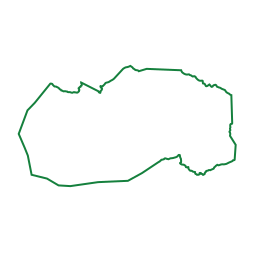 Guata, Olancho, Honduras (Natural Earth projection), rotated 94°
{"feature_id": "27666195B45988200529008", "entity_name": "Guata", "entity_type": "district", "adm_level": 2, "iso_a3": "HND", "parent_name": "Honduras", "parent_adm1": "Olancho", "projection": "natural_earth1", "projection_center": [-86.397, 15.161], "detail": "fine", "context": "isolated", "style": "outline", "palette": "green", "viewbox_px": 256, "rotation_deg": 94, "n_neighbors": 0, "source": "geoboundaries", "source_scale": "gbopen_adm2", "svg_char_len": 5293}
<svg xmlns="http://www.w3.org/2000/svg" viewBox="0 0 256 256"><g transform="rotate(94 128 128)"><path d="M66.7,79.0L67.7,113.5L70.6,121.2L70.2,121.6L70.0,121.9L69.9,122.1L69.8,122.7L69.7,123.6L69.7,124.1L69.5,124.9L69.1,125.3L68.8,125.9L68.5,126.3L68.3,126.9L68.0,127.2L67.4,127.6L67.1,128.0L65.9,130.0L66.0,130.2L66.2,130.5L66.5,131.1L66.8,131.6L67.3,133.0L67.6,134.3L67.9,135.0L68.3,135.6L68.7,136.2L69.3,137.0L79.9,145.5L81.0,146.8L82.3,148.9L82.6,149.2L83.0,149.8L83.3,150.2L83.5,150.4L83.9,151.5L84.3,152.8L84.6,153.4L84.9,153.7L86.2,154.5L86.6,154.9L87.7,155.8L87.8,156.1L88.2,156.3L88.5,156.8L88.5,157.1L88.4,157.4L88.2,157.7L88.1,157.9L88.1,158.1L88.1,158.3L88.3,158.4L88.5,158.4L89.0,158.2L89.5,157.7L90.0,157.3L90.5,156.7L90.9,156.6L91.5,156.9L92.2,157.1L93.2,157.9L93.5,158.0L94.1,158.1L94.6,158.0L94.8,158.1L94.8,158.5L94.8,158.8L94.6,159.2L94.4,159.5L94.0,159.8L93.5,159.9L85.9,177.9L86.1,177.9L86.3,177.9L86.6,177.7L86.9,177.4L87.4,177.2L88.5,177.2L88.8,177.2L89.3,178.0L89.5,178.1L89.9,178.1L90.2,178.2L90.3,178.4L90.4,178.7L90.6,179.1L91.4,179.5L91.5,179.6L91.5,179.8L91.7,180.0L91.9,180.0L92.2,180.0L92.7,179.5L93.5,179.2L93.8,179.4L94.1,179.5L94.4,179.6L94.7,179.5L94.8,179.6L95.2,179.8L96.0,180.6L96.2,180.9L96.3,181.5L96.2,182.1L96.1,182.8L96.2,183.1L96.2,183.6L96.1,183.8L96.0,184.0L96.0,184.3L96.1,184.8L96.7,185.9L96.7,186.2L96.7,186.7L96.6,187.2L96.3,188.2L96.3,188.5L96.3,189.1L96.4,189.9L96.4,190.2L96.3,190.5L96.2,190.9L95.9,191.2L95.9,191.3L95.8,192.5L95.7,193.0L95.7,193.3L95.7,193.6L95.9,194.6L95.9,195.0L95.3,196.3L95.3,196.8L95.2,197.2L94.9,197.4L94.5,197.7L94.4,197.9L94.3,198.3L94.1,198.8L93.9,199.0L93.4,199.4L93.2,199.6L92.3,201.1L92.0,202.1L91.8,202.4L91.7,202.7L91.7,203.0L91.7,203.4L91.7,203.9L91.7,204.2L91.6,204.4L91.4,204.6L91.0,205.1L90.3,205.9L90.1,206.1L89.6,206.4L89.3,206.7L89.2,207.1L89.1,207.7L89.1,208.3L89.2,208.6L109.3,222.7L117.4,229.5L141.5,236.6L155.3,229.5L162.5,226.0L181.4,220.9L184.1,205.3L190.1,193.3L190.0,181.5L184.1,154.1L180.7,124.4L172.0,110.9L159.5,94.7L159.4,94.3L159.3,94.2L159.1,94.0L158.6,93.6L158.0,92.9L157.8,92.8L157.6,92.7L157.4,92.5L157.3,92.2L157.2,91.9L157.2,91.4L156.7,90.2L156.6,89.9L156.2,89.7L155.9,89.4L155.8,89.2L155.7,88.8L155.7,88.4L155.8,88.0L156.1,87.0L156.1,86.5L156.3,85.8L156.3,85.4L155.8,84.5L155.4,83.8L155.3,83.5L155.2,83.0L155.0,81.8L154.9,81.4L154.7,80.6L154.4,79.9L153.9,78.4L153.7,78.0L153.4,77.5L153.2,77.1L152.0,76.0L151.8,75.9L151.6,75.8L151.5,75.7L151.4,75.6L151.3,75.2L151.4,74.5L151.5,74.4L152.6,74.2L153.5,73.9L154.4,73.5L155.0,73.1L155.5,73.0L157.2,72.7L157.8,72.7L158.2,72.7L158.5,72.7L158.7,72.9L158.9,73.1L159.1,73.5L159.3,73.6L159.5,73.6L160.1,73.0L160.7,71.7L160.7,71.3L160.7,70.4L160.7,69.9L160.8,69.6L161.2,69.1L161.3,68.8L161.5,68.3L161.6,68.1L162.8,67.5L163.0,67.4L163.1,66.9L163.1,66.5L162.8,65.3L162.8,65.1L163.0,65.0L163.5,65.0L164.0,65.0L164.5,64.7L164.9,64.4L165.3,64.1L165.7,63.6L166.1,63.2L166.3,62.9L166.3,62.6L166.3,62.2L166.2,61.7L166.3,61.5L166.4,61.1L166.9,60.4L167.1,59.9L167.1,59.4L167.2,58.9L167.2,58.1L167.3,58.0L168.0,58.0L168.3,57.9L168.6,57.7L169.1,57.4L169.2,57.0L169.4,56.4L169.9,55.8L169.8,55.5L169.7,55.1L169.7,54.2L169.1,53.7L169.0,53.4L168.9,53.2L168.4,53.3L168.0,53.4L167.9,53.3L167.9,53.2L167.8,52.9L167.8,52.5L167.9,52.1L168.1,51.9L168.6,51.5L168.7,51.2L168.7,50.8L168.8,50.4L169.2,50.2L169.4,50.1L169.5,49.9L169.5,49.7L168.7,48.5L168.4,48.3L167.6,48.2L167.1,48.0L166.6,47.7L166.4,47.3L166.0,47.1L165.6,47.0L165.4,46.9L165.3,46.6L164.9,45.3L164.7,44.9L164.4,44.6L164.3,44.2L164.3,43.1L164.3,42.8L164.1,42.6L163.5,41.5L162.7,39.9L162.4,39.6L161.9,39.5L161.6,39.4L161.1,39.1L160.7,38.6L160.3,38.2L160.0,38.0L159.6,37.7L158.9,36.8L158.5,36.4L158.5,36.2L158.8,35.5L158.9,35.1L158.5,33.9L158.1,33.3L157.7,31.9L157.6,31.3L157.6,29.9L157.3,28.6L156.9,27.3L156.6,26.8L156.3,26.3L155.7,25.3L155.4,24.8L154.6,23.2L154.3,22.6L154.1,22.3L153.7,21.5L153.6,21.4L152.9,21.0L152.7,20.1L152.6,19.8L152.5,19.6L152.2,19.4L137.3,19.4L128.7,25.7L127.5,25.6L127.0,25.6L126.6,25.6L125.9,25.8L125.5,25.9L125.1,26.3L124.8,26.5L124.6,26.5L124.3,26.4L123.2,25.8L122.8,25.8L122.6,25.9L121.7,26.2L121.4,26.2L120.9,26.1L120.5,26.0L120.1,25.9L119.4,26.1L118.5,26.2L117.6,26.2L117.2,26.0L116.9,25.8L116.8,25.6L116.6,24.7L116.3,24.5L116.0,24.4L115.8,24.4L88.0,27.2L87.9,27.7L87.7,28.1L87.4,28.8L86.7,29.6L86.2,30.9L85.9,31.5L85.7,31.9L85.3,32.4L84.7,33.0L84.1,33.4L83.7,33.7L83.4,34.0L83.2,34.5L82.3,37.4L82.0,37.9L81.7,38.3L81.6,38.5L81.3,39.5L81.2,40.3L80.9,41.0L80.7,41.9L80.5,42.2L80.4,42.3L79.4,42.8L79.0,43.3L78.8,43.8L78.8,44.0L78.9,44.3L79.1,44.6L79.4,45.6L80.1,46.2L80.4,46.4L80.7,46.5L80.9,46.8L81.0,47.1L81.1,47.5L80.9,47.8L80.5,48.3L79.2,49.5L78.9,49.8L79.0,50.0L79.9,51.0L80.5,51.8L80.8,52.5L80.8,53.0L80.7,53.2L80.5,53.4L79.3,54.1L78.8,54.5L78.6,54.7L78.4,55.2L78.4,56.0L78.3,56.3L77.7,56.5L76.9,56.6L76.1,56.7L75.9,56.8L75.7,56.9L75.6,57.1L75.6,57.6L75.7,58.2L75.8,59.1L75.8,59.8L75.7,60.3L75.3,61.1L75.1,61.5L74.4,62.4L73.4,63.5L72.8,63.9L72.7,64.1L72.4,64.1L72.2,64.3L72.0,64.6L71.8,65.1L71.7,65.5L71.7,65.8L72.0,66.5L72.1,66.8L72.1,67.1L71.5,68.2L71.3,68.4L71.1,68.8L70.8,70.1L70.3,70.7L70.3,70.9L70.3,71.5L70.5,72.3L70.6,73.3L70.5,74.1L70.2,75.2L70.0,75.7L69.0,77.4L68.6,77.9L68.0,78.3L67.1,78.9L66.7,79.0Z" fill="none" stroke="#15803d" stroke-width="2"/></g></svg>